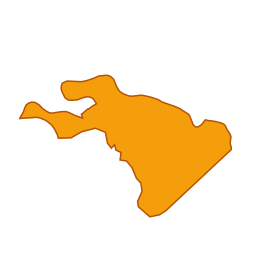 Alexander, Illinois, United States of America, rotated 137°
{"feature_id": "52423323B19456558082814", "entity_name": "Alexander", "entity_type": "district", "adm_level": 2, "iso_a3": "USA", "parent_name": "United States of America", "parent_adm1": "Illinois", "projection": "albers", "projection_center": [-89.326, 37.153], "detail": "fine", "context": "isolated", "style": "filled", "palette": "amber", "viewbox_px": 256, "rotation_deg": 137, "n_neighbors": 0, "source": "geoboundaries", "source_scale": "gbopen_adm2", "svg_char_len": 1711}
<svg xmlns="http://www.w3.org/2000/svg" viewBox="0 0 256 256"><g transform="rotate(137 128 128)"><path d="M132.8,196.0L140.5,203.9L145.6,205.6L147.3,204.7L149.0,203.4L150.3,202.0L151.3,200.2L153.5,192.9L152.6,189.2L150.3,186.7L146.0,183.2L140.9,181.1L137.0,179.0L135.7,177.8L134.7,176.4L134.0,174.8L133.5,172.9L134.4,167.9L134.6,167.3L139.8,168.4L143.7,168.7L143.8,169.1L144.9,169.4L150.9,169.6L152.7,169.9L154.5,166.2L158.0,172.9L160.8,180.0L162.4,182.6L165.7,185.5L173.4,190.7L175.0,192.6L175.9,194.7L177.2,200.2L177.2,205.1L178.3,209.7L180.8,212.7L183.9,214.0L186.7,214.3L189.8,213.1L194.3,210.8L196.4,210.1L197.7,209.9L200.7,208.7L198.6,207.2L190.2,200.2L188.0,198.6L186.2,196.4L185.3,194.8L183.2,190.3L182.5,187.5L181.9,182.6L182.3,178.3L183.1,175.1L184.4,170.9L185.9,168.0L176.3,159.6L164.6,156.9L151.9,150.0L147.5,140.2L153.4,130.9L153.9,124.6L149.3,125.0L151.9,119.9L149.8,114.9L155.6,110.0L151.6,104.9L152.1,96.2L156.2,85.2L156.1,79.0L160.8,72.2L171.2,67.6L174.1,63.4L172.6,48.2L164.3,43.1L156.9,41.7L67.6,41.8L66.4,42.5L65.6,43.5L64.1,46.6L62.6,48.1L59.2,50.9L58.6,51.6L57.8,53.2L57.0,56.5L56.8,58.6L56.3,60.5L55.6,62.1L55.3,63.3L55.3,65.2L55.8,66.8L57.0,69.1L59.7,73.2L61.4,75.5L63.6,77.9L66.0,81.3L66.5,81.2L70.0,80.5L73.3,80.4L76.3,81.3L77.0,81.7L77.7,82.6L77.9,83.4L78.1,85.5L77.9,86.5L74.4,95.3L74.4,97.0L76.2,104.0L76.5,105.9L78.7,111.2L85.4,123.9L86.6,128.3L90.2,134.9L94.4,141.1L95.4,142.3L97.0,143.8L102.3,147.7L104.3,149.4L105.8,151.4L107.8,155.5L109.0,159.6L109.0,162.2L107.8,166.9L105.4,172.9L105.3,174.2L105.6,177.4L105.9,178.3L106.7,179.9L108.0,181.5L114.0,186.0L120.2,188.2L125.8,190.8L128.9,192.6L131.1,194.2L132.8,196.0Z" fill="#f59e0b" stroke="#b45309" stroke-width="1.5"/></g></svg>